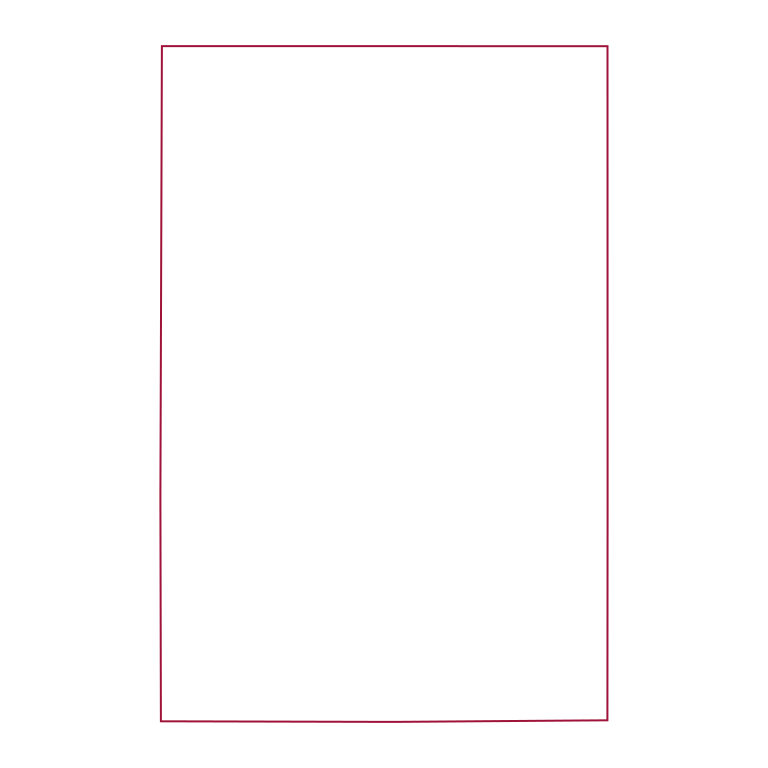 Newaygo, Michigan, United States of America
{"feature_id": "52423323B33959656168293", "entity_name": "Newaygo", "entity_type": "district", "adm_level": 2, "iso_a3": "USA", "parent_name": "United States of America", "parent_adm1": "Michigan", "projection": "mercator", "projection_center": [-85.798, 43.554], "detail": "fine", "context": "isolated", "style": "outline", "palette": "rose", "viewbox_px": 768, "rotation_deg": 0, "n_neighbors": 0, "source": "geoboundaries", "source_scale": "gbopen_adm2", "svg_char_len": 221}
<svg xmlns="http://www.w3.org/2000/svg" viewBox="0 0 768 768"><path d="M393.8,721.9L607.4,720.3L607.6,496.1L607.5,46.2L161.9,46.1L160.4,497.0L160.9,721.3L393.8,721.9Z" fill="none" stroke="#9f1239" stroke-width="2"/></svg>